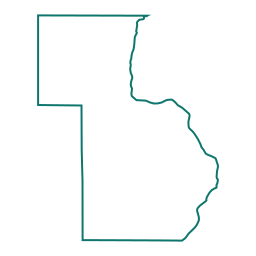 the district of Chisago, Minnesota, United States of America
{"feature_id": "52423323B15141703051874", "entity_name": "Chisago", "entity_type": "district", "adm_level": 2, "iso_a3": "USA", "parent_name": "United States of America", "parent_adm1": "Minnesota", "projection": "mercator", "projection_center": [-92.792, 45.513], "detail": "fine", "context": "isolated", "style": "outline", "palette": "teal", "viewbox_px": 256, "rotation_deg": 0, "n_neighbors": 0, "source": "geoboundaries", "source_scale": "gbopen_adm2", "svg_char_len": 1398}
<svg xmlns="http://www.w3.org/2000/svg" viewBox="0 0 256 256"><path d="M38.1,15.4L38.1,105.0L81.5,105.5L81.7,150.4L82.5,180.7L82.6,240.1L156.8,240.4L182.0,240.6L185.1,238.3L186.7,236.3L188.5,233.7L194.9,227.5L196.8,224.8L198.6,221.1L198.9,219.7L198.9,218.2L198.7,216.6L197.1,210.8L197.2,209.4L197.6,208.3L199.8,205.7L206.1,200.9L206.4,200.5L206.3,199.1L206.9,197.1L207.7,195.7L209.6,192.5L211.6,190.3L213.6,188.9L216.5,187.6L216.5,185.1L217.4,183.0L217.9,180.0L217.8,179.5L216.9,178.3L216.6,176.9L217.0,171.5L217.9,167.2L217.9,165.3L215.7,158.6L215.4,158.2L212.6,156.7L206.8,154.3L205.7,153.5L203.3,149.4L201.6,147.4L200.3,143.9L197.7,138.7L194.2,133.4L192.8,131.6L189.7,128.7L188.9,127.6L188.5,125.3L188.4,121.8L189.6,116.0L189.5,115.1L189.1,113.8L182.0,107.6L177.9,105.3L175.1,102.1L173.0,100.4L171.9,99.7L170.9,99.6L167.4,99.9L165.8,100.4L161.7,102.5L157.8,103.4L153.8,103.5L149.8,102.4L146.3,100.8L145.4,100.6L136.4,100.1L132.8,97.0L131.8,96.0L131.4,94.2L132.0,88.5L130.9,85.9L130.8,83.9L131.4,80.6L132.3,77.9L132.1,76.1L130.8,73.0L130.3,70.3L130.2,68.5L130.7,65.9L130.7,64.1L130.3,63.0L130.6,60.3L131.1,59.3L131.7,54.8L132.3,52.4L133.6,49.2L134.3,44.1L134.8,37.0L136.8,33.0L136.8,32.7L136.2,31.4L137.2,25.1L136.9,23.4L137.1,22.2L138.4,20.6L139.5,19.7L142.8,19.3L143.7,18.9L143.9,18.6L143.9,17.0L144.5,16.4L146.6,16.1L147.3,15.7L38.1,15.4Z" fill="none" stroke="#0f766e" stroke-width="2"/></svg>